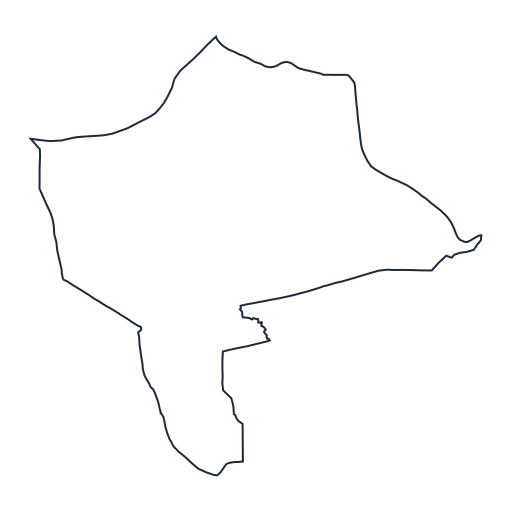 Svay Teab, Svay Rieng, Cambodia (Mercator projection)
{"feature_id": "14789045B97672337588040", "entity_name": "Svay Teab", "entity_type": "district", "adm_level": 2, "iso_a3": "KHM", "parent_name": "Cambodia", "parent_adm1": "Svay Rieng", "projection": "mercator", "projection_center": [105.952, 11.09], "detail": "fine", "context": "isolated", "style": "outline", "palette": "slate", "viewbox_px": 512, "rotation_deg": 0, "n_neighbors": 0, "source": "geoboundaries", "source_scale": "gbopen_adm2", "svg_char_len": 4325}
<svg xmlns="http://www.w3.org/2000/svg" viewBox="0 0 512 512"><path d="M269.7,340.5L269.1,339.6L268.6,338.7L267.1,338.6L266.6,337.0L266.8,335.3L265.2,333.7L264.3,332.6L264.1,331.3L265.8,329.8L264.6,328.0L263.3,326.7L261.5,326.1L261.3,324.4L261.8,323.1L261.6,322.1L260.0,322.7L258.1,322.4L258.4,321.1L258.2,319.9L257.7,318.8L256.7,319.1L254.6,318.6L253.2,318.0L252.2,319.3L251.2,319.3L249.6,318.1L246.7,317.6L242.9,317.4L242.2,315.1L242.4,314.0L241.8,311.2L240.5,310.2L239.9,309.2L240.9,308.2L240.6,305.7L248.0,304.1L258.0,302.3L265.9,300.8L271.9,299.6L279.8,298.2L289.3,296.1L294.9,294.8L299.2,293.6L301.8,292.9L305.1,292.1L309.1,291.0L311.9,290.1L317.1,288.5L322.3,286.7L323.6,286.2L328.7,285.0L335.0,283.0L341.5,281.6L353.3,278.2L366.1,274.3L378.4,270.7L387.0,269.7L394.5,270.0L401.4,269.9L409.1,270.0L422.9,270.4L431.7,270.5L438.7,262.7L446.3,255.7L451.7,257.7L454.2,254.8L459.9,252.8L466.7,251.9L473.7,249.9L477.4,244.4L480.9,240.2L481.3,235.2L479.0,235.6L474.7,237.9L470.3,240.5L467.2,242.0L464.6,241.9L459.9,239.8L457.4,236.8L455.5,232.5L453.8,227.8L451.0,222.3L447.4,217.1L444.6,214.3L440.3,210.2L435.5,206.4L431.3,203.2L426.1,198.7L422.3,196.2L417.2,192.0L413.0,189.1L406.8,185.1L403.0,183.4L397.5,180.8L391.8,178.6L386.6,176.0L380.2,172.3L375.3,169.4L371.9,166.9L371.0,166.3L369.5,163.9L367.3,160.7L364.7,155.4L362.9,151.3L361.7,147.8L361.0,143.8L360.4,139.3L359.9,134.4L359.3,129.3L358.7,124.7L358.3,121.7L358.0,119.2L357.6,115.2L357.3,110.6L356.8,106.7L356.4,103.5L356.0,98.2L355.5,93.9L355.3,90.4L355.1,86.9L354.3,82.6L352.3,79.9L351.3,78.7L349.8,76.9L348.5,75.4L346.3,74.9L323.5,74.8L322.5,74.4L321.5,73.9L320.4,73.6L319.4,73.3L317.5,72.8L315.9,72.5L314.9,72.2L313.6,71.9L312.5,71.6L311.2,71.4L309.8,71.0L307.8,70.5L306.5,70.4L305.6,70.1L304.1,69.7L303.0,69.5L301.5,68.9L300.3,68.7L299.3,68.3L298.4,68.0L296.9,67.2L295.2,65.9L294.2,65.3L293.2,64.6L292.3,63.9L291.4,63.3L290.1,62.8L288.5,62.3L286.9,61.9L283.0,62.5L281.9,62.9L280.3,63.7L278.9,64.5L277.6,65.3L276.0,66.1L274.1,66.7L272.8,66.9L271.6,67.1L270.3,67.1L269.1,67.2L267.6,66.9L266.0,66.5L264.7,66.0L263.6,65.5L262.6,64.8L261.3,64.2L260.4,63.7L259.4,63.4L258.2,63.0L256.6,62.5L255.6,62.3L254.4,61.8L253.5,61.3L252.5,60.7L251.6,60.2L250.7,59.6L249.7,58.9L248.1,58.1L246.6,57.3L245.6,56.8L244.5,56.3L243.1,55.7L242.1,55.3L240.0,54.7L238.7,54.0L237.7,53.6L236.8,53.1L235.6,52.5L234.5,51.9L232.3,51.0L230.7,50.4L229.1,49.8L228.1,49.3L227.2,48.6L226.0,47.9L224.9,47.1L223.6,46.3L221.7,44.7L220.9,44.0L220.0,43.0L219.0,41.8L218.3,41.0L217.1,39.4L216.3,37.9L216.0,36.7L212.5,39.8L206.9,45.2L200.5,51.9L194.0,58.4L188.2,63.6L180.1,70.9L174.4,79.0L172.0,87.6L168.9,93.9L167.4,96.9L163.9,103.1L159.6,108.5L155.4,113.1L148.9,117.3L139.4,122.0L127.6,128.2L112.3,133.7L103.6,135.3L93.7,136.0L83.7,136.6L77.5,137.1L73.6,137.7L61.3,140.5L50.3,141.1L42.0,140.3L30.7,138.8L33.5,142.1L37.0,146.0L39.8,149.2L40.1,155.1L39.6,167.7L39.6,181.3L39.5,188.6L42.4,195.2L46.3,204.1L50.1,212.0L52.4,218.3L53.7,225.2L54.3,234.5L56.3,241.9L57.3,250.7L59.0,258.3L60.7,265.7L61.6,269.5L61.9,274.2L62.5,276.4L62.7,278.5L63.8,279.9L67.0,281.2L69.3,282.8L73.8,285.7L78.2,288.3L82.5,291.0L85.5,292.9L88.0,294.4L91.6,296.9L94.7,299.1L96.1,299.7L100.2,302.2L103.1,304.1L106.8,306.4L110.6,308.4L113.7,310.3L115.7,311.5L118.8,313.4L120.2,314.5L123.7,316.5L128.2,319.4L131.5,321.7L135.5,324.2L138.3,325.9L140.7,326.8L141.3,328.8L140.9,330.1L138.9,331.6L138.2,332.2L138.4,333.7L139.2,337.4L139.5,344.1L140.2,349.1L141.1,355.7L142.4,363.5L142.9,369.3L144.5,375.4L146.1,378.5L148.2,382.0L149.3,383.7L150.3,386.2L150.9,387.5L152.9,389.0L154.5,392.0L155.9,395.7L156.9,398.5L157.8,400.8L158.6,403.8L159.3,407.0L160.0,410.1L160.7,412.2L160.6,413.2L161.8,414.3L163.5,417.2L164.5,421.9L165.3,426.5L167.5,433.9L169.7,439.5L171.5,442.3L172.7,444.9L174.2,447.3L175.8,448.7L178.8,451.9L180.5,453.1L185.9,457.6L191.8,463.2L198.4,468.8L206.5,472.4L213.8,475.0L217.3,475.3L220.6,472.2L223.7,467.7L226.4,464.1L228.7,463.0L234.1,462.1L238.7,461.9L242.9,461.5L242.6,423.9L238.3,420.9L236.5,418.3L235.8,416.4L235.3,415.3L233.9,414.0L233.7,411.3L233.4,406.9L232.4,402.1L231.3,398.3L227.8,394.8L223.2,390.4L222.3,383.7L222.7,376.0L222.4,369.2L222.4,359.6L222.9,351.5L224.1,351.2L231.4,349.4L237.3,348.2L240.5,347.5L248.2,346.0L263.5,342.2L267.3,341.3L269.7,340.5Z" fill="none" stroke="#1e293b" stroke-width="2"/></svg>